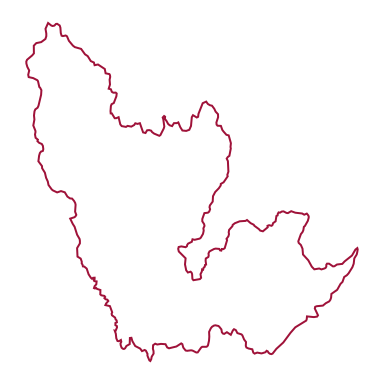 Formoso, Minas Gerais, Brazil
{"feature_id": "56859067B40805463906260", "entity_name": "Formoso", "entity_type": "district", "adm_level": 2, "iso_a3": "BRA", "parent_name": "Brazil", "parent_adm1": "Minas Gerais", "projection": "equal_earth", "projection_center": [-46.096, -15.072], "detail": "fine", "context": "isolated", "style": "outline", "palette": "rose", "viewbox_px": 384, "rotation_deg": 0, "n_neighbors": 0, "source": "geoboundaries", "source_scale": "gbopen_adm2", "svg_char_len": 5947}
<svg xmlns="http://www.w3.org/2000/svg" viewBox="0 0 384 384"><path d="M206.2,101.6L202.7,103.2L198.5,113.8L198.1,116.8L196.8,117.5L193.0,115.2L191.8,117.2L191.0,126.0L189.3,129.8L186.2,130.9L182.4,130.5L180.3,127.2L178.3,122.4L176.9,123.1L174.0,123.1L172.1,126.1L169.7,125.3L168.1,123.9L166.6,121.1L164.9,118.9L165.1,116.7L164.1,116.0L162.7,117.5L163.3,119.3L164.3,126.6L163.7,128.6L160.4,135.1L159.3,135.8L154.1,133.6L152.0,132.0L151.2,130.7L149.2,130.1L147.1,130.3L145.5,133.0L143.1,132.4L139.9,123.2L137.5,123.9L135.3,123.3L134.2,125.0L131.3,126.6L127.6,125.9L126.0,126.9L121.7,126.1L120.3,124.4L118.6,117.2L116.2,118.2L114.7,118.2L111.8,113.4L110.7,113.4L110.5,111.1L110.9,106.0L111.6,104.2L113.8,103.0L116.4,96.2L116.7,93.5L115.7,92.6L113.3,92.7L111.8,91.8L110.9,89.3L108.7,88.7L110.0,84.5L109.6,79.8L110.2,76.9L110.0,75.2L109.4,74.1L105.6,73.3L104.8,69.0L98.0,64.5L94.6,65.2L93.9,62.5L90.8,61.1L87.7,56.1L85.0,54.3L81.1,48.9L74.8,47.1L72.9,45.6L68.9,40.8L67.0,36.3L65.7,35.5L62.9,36.1L61.6,35.7L60.8,33.1L60.4,27.7L59.7,25.5L57.1,23.8L55.9,24.0L54.4,25.6L52.7,26.0L51.4,25.6L48.1,23.0L45.5,28.8L46.3,33.5L46.3,36.2L45.4,39.0L41.2,42.1L36.3,43.1L33.8,45.7L33.9,53.4L32.2,55.4L27.1,59.7L26.3,61.5L26.4,63.6L27.3,66.8L29.2,70.5L28.2,74.8L28.7,77.1L33.2,78.1L37.3,80.2L38.0,81.2L39.3,87.0L40.1,87.7L41.4,90.2L41.1,94.8L38.5,105.7L37.6,107.7L35.3,109.4L34.5,111.3L34.0,115.5L34.4,119.5L33.3,125.5L35.4,130.8L35.5,132.0L35.0,134.5L35.6,137.8L37.9,139.7L37.4,141.1L39.1,142.8L41.8,144.0L42.9,145.9L43.3,149.1L42.9,150.9L41.0,151.6L39.9,153.0L39.1,155.7L38.4,161.3L42.0,166.1L42.1,168.2L44.9,172.7L46.1,177.8L47.8,181.5L48.5,185.0L51.7,189.4L52.9,190.4L57.1,192.4L61.0,191.1L64.8,192.3L67.4,196.6L70.0,198.4L72.1,198.6L74.1,201.0L75.2,203.0L75.6,204.8L75.1,211.7L76.3,214.9L75.5,216.3L74.5,217.2L70.2,218.6L72.7,223.8L74.6,226.8L77.1,234.7L79.6,239.0L79.9,240.8L79.9,243.4L77.1,248.1L77.5,256.6L80.7,258.6L81.8,261.8L81.7,263.4L82.5,264.6L82.9,266.4L84.3,266.6L86.7,268.6L88.6,274.3L90.8,277.7L91.9,278.7L93.1,277.8L94.6,277.7L94.6,279.2L93.7,279.9L94.3,281.1L96.6,281.4L96.3,284.3L94.6,286.2L94.0,288.1L95.0,288.5L96.1,287.9L97.0,288.9L100.4,290.0L100.3,294.4L101.3,295.3L104.4,295.9L105.2,297.0L104.4,298.1L105.5,299.2L107.4,299.7L108.3,301.0L106.1,303.5L105.4,305.1L109.9,306.1L112.2,312.3L111.6,313.8L112.0,315.3L115.1,317.6L115.6,319.4L116.6,320.4L116.9,322.3L115.4,323.0L115.4,325.2L116.9,326.1L117.0,327.4L115.6,330.8L114.7,330.6L115.8,333.7L116.3,338.3L117.5,341.0L118.9,341.2L120.9,340.0L121.3,341.8L120.5,343.5L120.7,345.2L121.6,347.7L122.8,348.7L123.9,349.0L125.1,348.3L126.4,346.0L129.7,344.1L129.9,338.0L131.4,337.8L132.4,341.2L135.2,346.0L140.2,348.6L142.0,351.1L144.7,350.0L145.9,350.7L147.5,353.9L147.4,355.4L147.9,356.9L149.4,360.4L150.3,361.0L151.2,359.3L151.7,356.7L153.6,353.6L153.5,351.0L152.9,348.8L153.1,345.2L155.2,343.7L157.2,344.5L160.9,343.9L165.5,344.2L167.2,347.4L169.0,348.3L176.4,346.5L181.2,343.4L182.3,344.1L183.3,347.6L185.6,350.5L187.2,350.8L191.1,350.3L192.6,350.6L196.3,352.5L197.7,352.4L201.1,347.6L202.2,346.8L206.3,346.8L207.3,346.3L208.0,345.2L209.0,340.7L209.3,336.7L209.1,331.9L210.8,328.3L212.0,326.8L213.9,325.6L215.4,325.3L218.5,326.0L219.5,327.0L221.4,329.4L221.9,332.3L223.0,333.6L224.2,333.9L226.9,332.2L230.8,334.8L232.9,330.4L234.0,329.2L235.8,330.1L237.4,333.1L241.5,334.4L242.4,335.4L244.1,339.5L246.0,342.0L245.8,345.9L246.4,347.5L248.5,348.5L252.3,349.3L253.3,352.6L254.6,353.6L257.2,352.6L261.4,353.4L262.7,353.1L265.5,352.2L266.6,350.8L267.7,351.3L268.6,352.8L270.0,353.8L271.4,354.1L272.6,353.6L276.4,348.8L283.3,342.5L290.5,332.8L295.3,327.3L306.2,320.6L306.7,319.3L307.0,316.4L313.9,317.1L317.1,316.6L318.0,315.3L314.8,308.5L315.2,306.8L316.8,306.2L322.9,305.6L325.8,303.2L329.2,301.4L330.4,299.7L331.1,297.6L331.4,293.9L337.2,289.8L340.5,283.9L342.5,281.9L344.2,277.0L346.9,275.2L348.6,273.3L352.4,267.2L353.7,263.7L354.3,258.4L356.7,254.5L357.2,252.4L357.7,249.4L357.3,248.1L355.4,249.6L352.0,255.5L344.6,261.4L342.3,263.9L337.0,264.5L334.5,266.2L333.0,266.4L329.1,263.7L327.0,263.7L326.3,264.8L326.3,266.7L325.5,268.0L324.1,268.6L321.4,269.4L319.2,268.5L314.3,269.3L311.8,266.7L308.3,260.3L303.0,254.5L302.5,248.7L300.9,245.0L298.7,242.9L298.3,241.3L300.9,234.1L302.5,232.1L303.3,230.3L303.9,226.8L304.9,226.0L307.8,220.9L308.7,217.7L308.7,216.3L307.9,214.9L306.8,213.6L304.2,214.7L302.2,213.5L295.3,212.7L291.2,211.2L287.9,213.1L286.4,212.9L283.6,211.4L281.9,211.5L279.9,212.7L278.6,212.4L277.8,213.8L277.6,215.4L276.4,216.0L275.6,221.3L273.1,223.1L272.5,225.0L271.6,225.8L269.1,225.2L267.5,225.8L267.7,227.3L262.9,231.3L260.2,230.6L258.9,229.1L254.4,225.8L253.7,224.7L250.7,223.2L247.0,220.0L245.6,220.9L239.7,221.3L234.9,223.2L232.7,224.9L232.4,226.2L229.1,229.9L228.7,232.3L229.0,234.1L228.4,236.3L226.5,238.9L227.1,240.1L224.7,248.2L223.4,249.1L221.8,249.0L221.3,250.6L220.1,250.4L219.2,248.9L215.7,248.6L214.0,249.0L209.5,251.4L208.5,253.4L208.7,255.7L208.3,257.0L205.8,258.5L205.6,260.7L206.1,264.6L205.0,265.0L204.8,266.7L203.6,267.7L203.1,269.7L202.1,269.4L201.8,271.6L200.5,274.2L201.1,277.8L199.9,279.1L193.4,280.2L192.4,278.9L192.1,274.1L191.6,272.7L190.6,271.7L187.9,272.5L186.2,270.3L185.0,264.4L185.6,258.3L178.8,251.5L178.2,248.9L178.7,247.0L181.3,246.4L185.6,247.2L186.9,246.3L187.2,244.9L188.1,243.6L191.8,241.8L192.5,239.3L194.6,239.8L199.7,238.6L200.8,237.7L203.0,233.9L203.7,230.7L203.4,228.3L204.5,225.9L204.1,224.1L202.3,221.3L202.3,219.0L204.4,213.1L207.9,212.7L209.2,211.6L210.1,209.2L209.5,207.2L209.9,205.4L212.7,201.6L213.0,196.2L215.2,192.0L218.8,188.3L220.7,185.5L220.8,183.9L223.6,182.3L227.7,176.3L227.3,174.9L228.4,171.7L227.9,161.1L226.7,158.6L227.8,157.0L229.4,155.8L230.8,148.4L230.5,147.0L230.9,143.2L228.7,135.4L226.4,134.8L223.5,131.5L222.3,129.9L220.9,125.9L217.5,125.7L216.6,124.6L216.4,122.5L218.1,117.2L218.0,114.2L215.6,111.6L214.3,108.8L212.0,105.7L209.9,105.2L207.8,103.9L206.2,101.6Z" fill="none" stroke="#9f1239" stroke-width="2"/></svg>